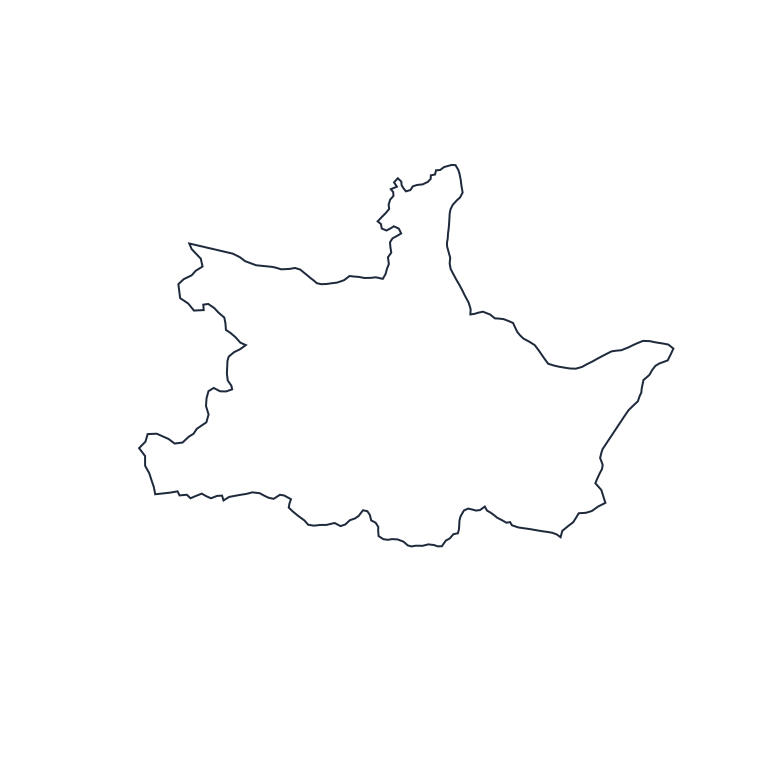 Goiânia, Goiás, Brazil (Albers equal-area conic projection), rotated 231°
{"feature_id": "56859067B64953351303571", "entity_name": "Goiânia", "entity_type": "district", "adm_level": 2, "iso_a3": "BRA", "parent_name": "Brazil", "parent_adm1": "Goiás", "projection": "albers", "projection_center": [-49.264, -16.642], "detail": "fine", "context": "isolated", "style": "outline", "palette": "slate", "viewbox_px": 768, "rotation_deg": 231, "n_neighbors": 0, "source": "geoboundaries", "source_scale": "gbopen_adm2", "svg_char_len": 4054}
<svg xmlns="http://www.w3.org/2000/svg" viewBox="0 0 768 768"><g transform="rotate(231 384 384)"><path d="M229.4,631.2L235.7,629.8L240.3,625.9L245.5,621.2L250.0,617.6L254.5,612.4L256.4,606.2L257.6,601.6L258.6,597.1L260.9,589.7L263.9,585.2L266.2,581.3L267.2,576.6L268.1,572.3L269.3,566.2L270.3,560.3L271.7,554.0L272.7,548.5L275.2,542.7L278.9,538.4L282.4,535.2L287.5,530.7L291.8,527.4L296.5,524.3L303.9,524.7L308.8,525.1L312.7,525.4L319.4,525.6L325.8,523.4L331.7,520.9L336.0,520.4L340.3,520.3L345.6,521.5L350.1,522.7L353.9,520.8L359.1,517.8L362.6,514.4L365.2,511.5L371.2,510.2L377.9,506.4L379.8,502.7L381.6,498.4L383.7,494.9L387.6,498.4L393.9,501.0L402.0,502.5L408.0,503.9L414.3,505.1L419.8,505.9L426.6,507.2L431.5,508.2L436.4,510.9L440.4,514.9L446.2,517.4L451.2,519.6L454.2,521.9L456.9,525.0L460.8,528.6L463.9,531.9L467.0,534.9L471.8,539.3L475.5,542.7L478.0,545.8L480.0,550.3L480.9,556.2L481.1,560.5L483.3,565.6L489.6,569.1L494.0,571.9L500.3,575.2L503.8,576.5L509.1,577.3L511.7,574.4L514.8,567.2L515.0,562.3L517.3,558.9L514.7,555.5L516.7,551.7L514.0,549.3L513.5,545.2L514.8,539.7L517.9,534.9L519.5,530.7L518.1,526.6L519.9,522.3L523.8,522.3L527.3,522.8L530.5,524.8L535.2,524.2L534.4,518.7L529.2,518.2L531.1,511.9L527.3,511.9L524.2,509.7L523.4,504.8L520.3,500.3L516.8,498.2L515.8,493.3L515.2,487.8L514.4,481.4L510.3,482.3L506.2,480.1L501.7,482.6L500.8,487.2L500.4,490.9L495.4,493.3L490.2,492.1L490.8,488.0L491.8,482.2L490.4,477.9L486.8,475.4L481.5,472.3L480.0,466.8L474.2,463.3L471.6,458.7L468.4,454.3L466.5,449.2L472.0,444.9L474.9,440.4L478.7,435.5L482.9,432.0L486.5,428.2L489.6,425.2L489.8,418.3L492.3,411.4L495.5,406.3L497.7,402.6L501.0,398.1L504.7,395.2L508.4,394.6L512.5,393.6L516.7,392.8L521.3,391.8L525.7,390.9L530.2,387.8L532.9,383.0L537.8,376.3L542.1,373.4L545.2,371.0L556.8,359.3L566.8,353.4L573.2,351.8L580.5,348.5L615.7,321.1L609.9,319.4L596.7,320.5L589.5,316.9L590.5,308.9L589.5,302.9L591.5,294.4L591.0,287.0L579.0,279.6L569.7,282.5L560.7,282.5L554.9,290.4L559.4,293.5L556.8,297.8L549.7,299.9L543.7,300.3L536.1,301.7L531.0,299.0L525.5,295.2L520.4,296.8L514.1,298.0L506.5,298.4L501.2,301.1L501.6,294.1L503.1,287.4L503.0,280.6L500.5,276.9L490.9,268.4L485.1,264.8L478.7,264.3L475.4,262.6L477.6,256.6L481.5,252.0L488.1,249.2L488.9,243.1L484.6,237.1L478.9,231.8L470.7,228.5L466.0,221.8L466.4,217.5L467.0,210.4L465.2,204.6L465.9,199.2L465.3,190.6L469.5,183.8L476.8,182.0L488.4,176.1L493.8,168.8L489.3,162.3L488.3,153.3L478.4,153.0L470.8,146.9L462.3,145.4L455.1,142.6L448.6,140.2L442.3,136.8L434.3,149.2L430.5,156.0L426.1,155.0L422.0,161.1L417.0,161.7L415.6,166.6L413.5,173.4L408.8,175.2L404.1,177.6L402.1,183.8L399.2,187.9L394.5,186.0L393.7,192.6L388.5,202.2L385.3,207.7L382.6,213.6L377.3,218.7L372.2,220.8L368.1,222.8L364.2,226.0L363.4,233.4L360.1,236.3L353.0,239.2L350.6,235.3L347.9,232.2L342.8,232.8L336.0,234.2L328.0,236.3L322.3,236.5L318.0,240.4L314.6,245.7L310.7,250.6L307.1,258.1L300.9,260.8L299.2,265.5L299.6,271.8L297.8,276.8L297.4,281.2L299.1,288.2L295.6,291.0L291.1,290.6L286.1,288.2L281.5,290.2L276.5,289.6L273.5,287.0L269.2,284.1L263.9,285.8L260.6,288.8L258.2,292.9L254.6,296.8L249.1,300.0L243.6,300.9L240.5,303.1L238.3,307.0L234.0,312.1L231.5,317.5L227.4,321.5L224.0,323.6L221.5,326.9L223.4,333.4L222.6,337.9L223.6,343.4L221.5,347.5L224.0,350.9L226.9,353.6L230.3,356.6L232.9,360.1L235.4,366.5L234.2,371.0L230.9,373.6L227.7,375.9L225.6,379.3L225.3,385.2L220.8,384.4L216.9,385.9L213.3,386.9L208.9,387.8L203.4,390.2L199.2,391.8L197.3,395.1L193.7,394.5L188.0,398.1L179.4,406.1L173.9,410.9L169.8,414.5L166.1,418.0L162.4,421.2L158.3,423.6L153.8,424.8L157.7,430.2L157.7,438.7L157.5,443.9L159.0,448.5L161.0,454.0L156.8,459.9L154.5,465.6L154.0,473.5L152.3,481.3L155.6,482.5L160.3,484.4L164.9,486.2L173.9,485.8L176.1,489.9L178.9,495.6L180.7,499.9L183.6,503.1L190.5,505.4L193.5,509.3L195.8,512.8L207.3,549.4L209.7,557.3L210.3,563.2L210.8,570.4L213.8,575.2L215.4,578.6L218.1,581.2L223.8,588.1L224.0,595.8L226.2,601.6L227.3,606.3L226.7,610.8L225.3,614.9L223.8,619.3L226.8,625.9L229.4,631.2Z" fill="none" stroke="#1e293b" stroke-width="2"/></g></svg>